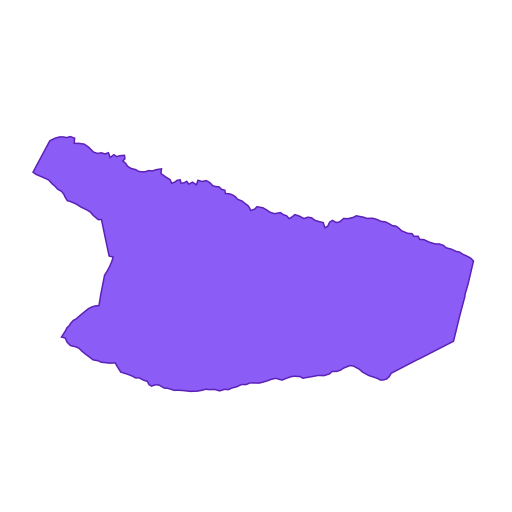 Cianorte, Paraná, Brazil (Albers equal-area conic projection), rotated 266°
{"feature_id": "56859067B27297856655617", "entity_name": "Cianorte", "entity_type": "district", "adm_level": 2, "iso_a3": "BRA", "parent_name": "Brazil", "parent_adm1": "Paraná", "projection": "albers", "projection_center": [-52.604, -23.737], "detail": "fine", "context": "isolated", "style": "filled", "palette": "violet", "viewbox_px": 512, "rotation_deg": 266, "n_neighbors": 0, "source": "geoboundaries", "source_scale": "gbopen_adm2", "svg_char_len": 3154}
<svg xmlns="http://www.w3.org/2000/svg" viewBox="0 0 512 512"><g transform="rotate(266 256 256)"><path d="M303.6,266.3L305.1,260.4L302.9,258.0L301.7,253.9L304.4,252.9L306.9,251.5L309.3,248.5L311.9,245.8L313.9,241.5L316.7,239.5L318.4,237.0L319.8,234.3L320.5,229.8L323.8,229.5L324.8,226.4L327.6,223.9L328.0,221.1L329.0,217.9L332.5,215.0L334.7,211.6L334.1,207.2L335.6,203.4L331.2,201.5L334.1,197.8L332.3,194.0L335.3,192.1L334.0,189.3L333.9,186.3L337.3,185.7L337.0,182.5L335.4,180.2L334.5,176.9L338.2,175.6L341.1,171.5L344.9,166.9L349.5,167.8L349.1,162.6L348.1,158.6L348.7,155.0L347.8,151.4L348.0,147.4L348.9,144.2L350.6,142.0L352.0,137.6L354.5,134.1L357.6,132.4L360.1,129.8L362.1,132.0L365.6,131.8L365.6,127.1L364.8,124.0L367.0,121.3L364.4,117.4L369.3,116.0L368.4,112.4L369.7,109.1L369.4,104.9L371.1,101.0L376.0,96.9L379.6,92.4L380.7,87.2L381.1,82.5L386.1,83.3L388.1,79.2L387.3,75.2L388.2,72.4L388.5,68.4L387.6,64.0L385.4,58.4L355.2,39.4L352.8,42.2L350.4,46.9L348.0,51.5L346.2,54.6L342.3,57.6L339.6,60.4L336.4,62.9L334.0,66.6L330.8,68.7L328.0,69.7L324.4,71.6L323.1,75.1L320.4,80.2L317.0,84.8L313.9,90.3L311.4,93.8L308.0,96.3L303.3,101.1L303.1,104.4L286.7,106.6L266.2,109.5L264.9,113.5L260.0,111.5L255.3,109.0L253.0,107.6L250.5,105.9L247.4,103.6L228.2,98.4L217.5,95.9L217.4,92.1L216.7,88.9L215.2,85.2L209.9,77.6L205.6,71.9L204.5,69.2L201.6,66.3L199.4,64.7L197.7,62.5L194.8,60.8L188.7,56.3L187.5,59.9L183.1,61.6L179.6,64.6L177.9,70.1L176.4,72.9L173.7,75.2L170.6,78.4L163.8,86.2L162.4,91.4L160.8,94.3L160.1,98.4L159.3,102.5L159.2,108.1L154.8,110.2L149.6,113.0L146.9,119.9L144.9,124.1L142.8,127.3L142.6,131.0L140.0,135.1L138.5,138.9L135.2,140.3L133.5,142.6L134.6,147.0L133.9,150.5L130.6,155.3L130.3,158.3L128.9,162.1L127.7,165.0L127.5,169.1L126.9,173.7L125.5,181.2L125.3,188.4L125.8,192.6L126.6,196.5L126.0,199.8L125.7,205.6L124.0,210.3L125.2,215.5L124.6,219.2L125.9,222.4L126.9,227.7L128.8,232.7L128.4,236.9L129.8,241.3L129.0,250.5L129.8,254.6L130.8,259.0L132.0,263.1L132.6,267.3L131.3,270.6L130.4,273.5L131.8,277.5L133.2,282.8L133.4,286.2L132.6,291.6L130.8,294.2L131.2,297.5L131.7,302.7L132.5,309.7L131.9,315.5L133.3,321.1L135.5,323.8L135.2,328.4L136.3,332.4L138.0,335.4L140.1,342.0L139.5,345.4L135.9,351.1L132.9,354.0L129.0,360.0L125.3,368.9L123.6,371.3L123.5,374.6L124.2,377.8L126.3,380.4L129.6,382.7L141.0,408.9L142.1,411.8L157.2,447.1L182.5,455.2L200.9,461.5L203.6,462.0L207.3,463.4L213.6,465.7L235.8,472.6L239.0,469.9L241.6,465.7L243.3,462.4L245.7,459.4L246.7,455.8L249.1,451.6L251.0,446.1L253.4,443.9L255.2,439.7L255.5,435.8L257.6,430.0L260.6,424.7L261.2,420.4L264.3,419.2L264.7,414.9L267.4,413.2L268.0,409.0L270.9,403.2L274.6,399.6L276.2,397.3L276.8,394.1L278.6,391.5L280.9,387.7L281.9,383.0L283.9,379.5L285.5,375.2L285.8,369.2L287.2,366.0L289.1,358.8L287.8,355.9L287.2,352.6L286.8,349.5L287.4,346.2L284.2,341.8L283.8,338.4L286.2,334.7L284.6,331.8L280.9,329.8L279.3,326.9L282.1,326.0L284.6,325.4L285.8,321.8L287.5,317.2L290.2,314.2L291.1,310.5L290.0,306.4L292.7,302.2L294.6,297.7L292.7,295.1L290.9,291.8L294.0,289.3L295.5,285.9L297.6,283.4L296.9,277.5L298.8,272.8L300.8,270.4L303.6,266.3Z" fill="#8b5cf6" stroke="#5b21b6" stroke-width="1.5"/></g></svg>